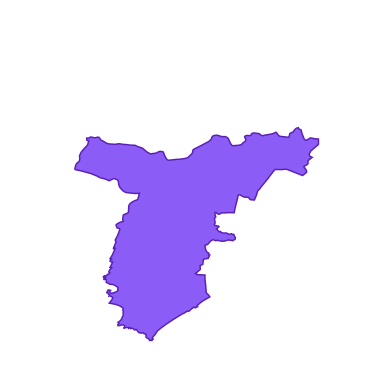 outline of Quynh Luu, Nghệ An, Vietnam, rotated 57°
{"feature_id": "81297802B4221517004962", "entity_name": "Quynh Luu", "entity_type": "district", "adm_level": 2, "iso_a3": "VNM", "parent_name": "Vietnam", "parent_adm1": "Nghệ An", "projection": "equal_earth", "projection_center": [105.608, 19.233], "detail": "fine", "context": "isolated", "style": "filled", "palette": "violet", "viewbox_px": 384, "rotation_deg": 57, "n_neighbors": 0, "source": "geoboundaries", "source_scale": "gbopen_adm2", "svg_char_len": 6095}
<svg xmlns="http://www.w3.org/2000/svg" viewBox="0 0 384 384"><g transform="rotate(57 192 192)"><path d="M240.1,321.9L244.5,317.4L245.8,316.3L248.0,314.7L251.4,313.1L252.7,313.4L253.2,314.2L253.7,314.5L254.9,314.7L255.9,315.7L257.4,316.4L258.0,317.0L258.7,318.2L260.6,321.0L261.0,323.4L260.9,324.9L261.1,325.1L261.9,324.8L262.4,324.8L262.6,325.2L262.7,326.3L263.7,326.9L264.3,326.2L264.9,324.6L265.0,323.4L266.2,322.1L266.9,321.6L267.6,321.4L268.1,321.6L268.6,322.0L268.7,323.1L269.1,323.3L269.3,323.2L269.4,322.3L269.7,321.4L270.9,319.0L271.4,318.8L271.7,319.4L272.0,319.4L272.0,318.1L272.1,317.7L272.6,317.5L273.1,317.8L273.6,316.7L274.1,316.1L274.6,315.7L276.0,315.5L276.4,315.3L276.7,315.0L276.7,314.2L276.9,313.7L277.3,313.4L278.5,313.5L281.1,313.2L281.9,311.9L282.7,311.5L283.3,310.0L283.6,309.6L284.8,309.4L285.9,308.2L286.2,308.1L288.5,309.5L289.2,309.6L291.6,308.3L293.5,308.4L293.5,307.1L293.7,306.9L294.4,307.0L294.6,306.7L294.5,305.2L294.3,304.8L293.9,304.6L292.9,304.8L292.2,303.9L291.7,301.3L289.7,296.7L289.2,292.3L288.8,285.7L288.7,277.7L288.9,267.0L289.3,264.6L289.3,263.0L289.4,261.2L290.3,259.3L289.8,256.5L289.6,253.8L289.8,252.9L290.1,252.7L290.8,252.5L291.0,252.2L291.1,251.9L290.9,250.9L291.3,249.7L291.0,249.6L290.3,249.5L290.0,249.1L289.3,244.5L289.3,240.6L289.7,234.2L287.5,234.2L285.0,234.8L284.1,234.8L283.6,234.6L278.2,231.6L271.4,228.2L268.7,226.3L265.3,231.0L263.8,232.8L262.3,233.6L261.6,227.6L261.2,227.0L258.1,225.3L258.6,222.4L255.9,220.1L254.7,218.8L256.5,214.5L254.5,211.4L253.7,212.4L252.5,211.2L250.6,212.2L249.0,212.1L247.0,211.7L246.1,211.1L244.9,210.9L243.8,210.0L244.3,208.6L244.5,207.4L243.2,202.8L243.4,200.3L245.6,198.8L246.5,196.9L249.4,194.0L250.3,192.5L250.7,192.0L251.8,188.3L252.3,187.4L253.2,186.2L255.1,184.3L255.0,181.3L253.7,180.4L252.0,180.5L250.7,180.0L250.2,180.1L249.8,181.0L248.5,181.6L248.1,183.2L247.7,183.8L245.1,185.5L243.3,188.3L242.0,189.5L240.6,189.6L240.3,190.0L240.1,191.0L237.6,191.3L236.4,191.7L236.4,190.7L236.2,190.5L235.7,188.2L235.2,188.3L232.8,190.7L232.0,191.1L231.2,190.6L230.5,189.4L226.9,187.8L226.3,187.1L225.9,185.7L222.9,184.7L221.7,184.1L221.8,183.5L222.2,183.0L224.3,182.5L225.1,181.7L225.5,181.0L225.8,178.1L227.3,176.1L229.1,172.7L232.4,167.9L229.1,164.8L223.1,158.3L220.4,155.6L219.9,154.7L219.9,154.2L220.4,153.5L224.6,151.1L227.1,147.7L230.1,147.3L231.4,145.8L232.7,144.0L229.0,138.7L227.7,137.4L226.7,136.0L226.3,133.5L225.4,131.4L222.0,120.7L221.1,118.5L218.5,111.0L218.4,110.3L218.8,109.4L222.1,104.5L223.2,102.1L224.0,100.9L225.2,99.7L238.4,90.3L237.9,85.3L237.8,85.1L237.0,84.6L235.7,84.2L231.6,84.4L231.7,80.2L231.6,79.8L231.1,79.0L229.1,77.8L228.9,77.5L228.4,72.3L226.7,73.4L225.4,73.6L224.6,73.5L223.6,72.4L222.3,69.8L221.4,63.6L221.2,61.3L221.0,60.4L220.6,59.8L219.0,58.7L216.4,57.1L214.3,59.9L211.3,63.0L211.1,63.4L211.0,64.0L211.1,66.7L210.7,68.0L210.5,68.5L210.1,68.7L208.8,69.1L202.9,67.9L199.3,66.7L197.6,67.8L196.7,68.1L196.0,67.8L195.4,69.5L195.4,70.4L195.8,72.4L196.6,74.3L196.6,74.9L196.2,77.9L196.6,78.5L198.6,80.6L198.8,81.1L194.1,86.8L193.0,88.0L192.1,88.5L191.6,88.6L188.1,88.8L187.6,89.0L187.5,90.2L186.9,93.1L183.1,102.2L182.8,102.6L182.4,102.9L179.5,104.0L176.6,107.4L175.7,108.9L175.6,110.4L176.4,111.6L176.5,112.3L174.6,115.0L174.1,116.5L174.0,117.2L174.3,117.8L175.3,118.1L176.6,118.0L177.2,118.2L177.7,118.7L178.5,120.0L178.6,122.7L178.9,124.1L179.2,124.4L179.2,124.9L178.1,127.6L175.5,132.4L175.1,132.8L174.5,133.1L172.9,133.3L167.0,132.5L166.1,132.6L164.5,133.3L163.6,134.0L161.7,136.9L158.8,139.3L157.8,140.4L157.2,141.4L156.6,143.0L156.4,144.2L156.7,145.1L158.0,146.9L158.4,148.0L158.8,150.1L158.0,159.1L157.1,167.3L157.2,167.8L157.4,168.4L159.3,170.3L159.9,171.3L160.8,176.9L160.6,178.1L159.7,180.5L157.7,184.7L156.3,187.0L152.9,193.9L152.4,194.5L151.7,195.1L150.1,195.4L146.8,195.2L143.3,194.4L142.5,194.4L141.7,195.2L140.6,196.6L140.1,197.9L139.8,201.1L138.7,203.2L137.9,205.1L137.1,206.3L133.8,208.0L128.2,209.7L123.8,213.2L122.1,214.1L121.6,214.6L118.9,218.4L116.4,221.3L114.8,223.5L112.1,226.5L111.6,227.2L110.3,230.2L109.7,231.1L106.8,235.0L106.0,235.9L104.2,237.3L101.4,238.6L98.7,240.1L98.2,240.2L96.2,240.1L95.6,240.2L95.2,240.5L94.5,241.6L93.7,244.0L91.9,245.7L90.5,247.3L90.8,248.0L90.6,248.9L89.4,251.1L91.4,252.0L92.9,250.7L93.8,251.9L95.3,253.5L96.1,255.3L96.6,257.9L98.0,262.6L98.4,263.5L100.3,266.6L102.3,267.6L104.2,269.0L104.8,270.1L105.3,273.3L105.6,273.9L106.3,275.0L108.7,277.6L109.4,277.7L109.9,277.5L114.3,273.1L121.5,266.7L127.3,262.7L129.6,261.6L133.4,258.1L135.2,256.7L137.1,255.7L137.5,255.1L137.8,252.3L138.2,250.1L139.1,249.3L141.1,248.0L141.9,247.8L142.5,247.9L146.6,249.6L148.7,250.0L152.7,249.5L155.1,248.5L156.7,247.4L162.1,240.8L163.7,238.2L164.4,236.7L168.6,241.5L168.7,242.0L168.0,245.3L167.8,248.2L168.1,250.6L168.6,251.7L169.2,252.6L174.4,256.4L174.6,257.3L173.9,261.4L173.9,261.9L174.5,262.8L177.5,265.2L179.2,265.5L178.2,269.1L178.0,270.3L178.0,272.9L178.3,273.7L178.7,273.9L181.4,274.4L182.9,272.9L183.4,272.8L184.3,273.1L188.1,278.3L190.4,282.5L191.0,282.8L192.4,282.8L192.7,283.2L195.9,287.9L196.6,288.7L196.8,288.7L197.0,288.5L196.8,287.3L196.9,287.1L197.4,287.0L197.6,287.3L201.3,292.9L202.8,295.9L203.2,297.0L203.4,297.1L204.3,295.9L204.5,295.9L204.7,297.4L205.0,298.1L205.4,298.4L206.7,297.9L207.6,296.7L210.6,301.8L211.7,300.6L212.5,303.5L213.0,304.4L213.8,305.4L214.9,304.9L215.4,306.1L215.5,306.8L215.1,307.3L215.0,308.1L215.6,309.1L215.7,309.7L214.8,310.6L214.6,311.0L214.6,311.9L215.0,312.7L215.4,312.7L216.4,311.2L216.7,311.1L216.9,311.3L216.9,311.7L216.9,313.2L217.1,313.5L217.5,313.5L217.7,313.3L218.0,312.3L218.3,311.9L219.1,311.7L221.1,313.2L222.6,312.1L224.5,311.3L226.5,308.7L228.1,307.6L231.7,306.1L233.0,307.2L234.3,307.7L234.4,308.5L234.3,310.8L234.0,311.4L234.3,311.9L234.2,312.2L233.6,312.8L233.5,314.2L232.8,314.9L231.9,315.2L230.5,315.2L230.1,313.9L228.5,315.6L229.7,318.1L230.1,318.3L231.1,317.5L231.4,317.4L231.8,317.7L232.1,317.7L232.9,317.0L233.2,317.0L234.1,318.3L234.3,317.6L234.8,317.2L235.7,316.6L237.4,315.9L238.5,317.4L240.1,321.9Z" fill="#8b5cf6" stroke="#5b21b6" stroke-width="1.5"/></g></svg>